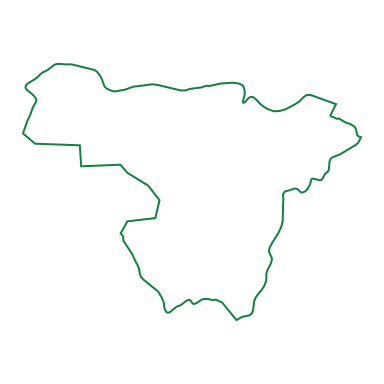 Pichincha, Natural Earth projection
{"feature_id": "ECU-1287", "entity_name": "Pichincha", "entity_type": "Province", "adm_level": 1, "iso_a3": "ECU", "parent_name": "Ecuador", "parent_adm1": "", "projection": "natural_earth1", "projection_center": [-78.482, -0.183], "detail": "fine", "context": "isolated", "style": "outline", "palette": "green", "viewbox_px": 384, "rotation_deg": 0, "n_neighbors": 0, "source": "natural_earth", "source_scale": "10m", "svg_char_len": 2534}
<svg xmlns="http://www.w3.org/2000/svg" viewBox="0 0 384 384"><path d="M361.0,137.2L358.2,142.9L355.6,145.0L339.9,154.4L331.9,157.6L330.3,159.2L329.5,161.6L329.0,168.2L328.4,171.0L327.4,172.2L326.0,172.9L324.8,174.3L322.4,179.0L321.1,180.1L319.0,180.2L314.3,178.8L312.3,178.7L311.5,179.2L310.8,181.2L310.3,183.8L307.7,188.8L305.7,191.0L303.0,192.4L301.4,192.5L300.1,191.8L297.8,189.3L296.0,188.6L294.3,188.6L289.2,190.4L287.2,190.8L284.9,191.5L283.6,193.3L283.0,195.3L283.3,198.0L282.7,221.0L281.2,227.0L278.4,233.0L272.3,242.6L269.8,247.5L268.8,251.3L271.9,258.2L271.6,261.0L270.5,264.2L267.7,269.5L266.7,272.4L266.2,275.0L266.4,277.7L266.1,281.0L264.1,286.1L261.5,290.1L257.5,294.8L255.4,298.1L254.1,301.6L253.3,308.4L252.5,312.1L251.3,314.0L249.4,315.3L243.7,316.5L241.1,317.4L236.5,320.1L222.1,302.5L215.9,299.6L213.0,300.1L207.7,299.0L204.4,299.0L202.1,299.4L196.4,303.1L193.9,304.1L192.5,303.3L191.4,301.7L189.7,299.9L187.6,300.2L185.0,301.8L182.6,303.8L181.1,304.9L179.5,305.7L177.8,306.2L175.8,307.3L170.0,312.1L167.9,312.8L166.4,312.0L165.0,309.7L164.2,307.0L163.8,302.9L161.7,297.4L158.1,291.5L143.9,280.0L141.0,277.0L140.0,274.2L138.7,267.9L137.9,265.7L135.3,261.1L132.1,253.9L123.9,241.5L123.2,239.9L123.2,236.7L122.5,235.4L120.6,233.5L127.4,221.3L155.3,218.1L159.5,200.3L148.3,185.7L127.4,172.8L120.4,164.7L81.2,166.3L79.8,145.3L35.0,143.7L23.0,133.4L27.4,120.8L30.2,114.9L32.9,107.3L35.6,102.7L36.3,101.1L36.3,99.7L35.6,98.0L34.0,96.0L32.0,94.0L26.3,89.4L25.6,87.9L25.6,86.2L26.8,84.3L28.9,82.7L33.1,80.3L36.4,78.1L41.0,73.7L42.9,72.3L45.8,71.0L48.1,69.6L54.4,64.8L57.0,64.0L60.3,63.9L65.4,64.4L71.3,64.3L94.5,70.0L96.3,71.2L97.4,72.1L101.0,77.1L104.7,86.9L106.8,88.6L110.1,90.3L114.0,91.4L117.2,91.2L120.0,90.5L124.6,89.8L133.3,86.7L152.3,84.3L157.6,84.9L180.1,90.3L184.8,90.5L187.5,89.8L190.0,88.9L201.6,87.4L206.3,85.8L209.4,86.0L220.9,83.5L232.7,82.7L238.7,83.5L242.4,85.1L243.7,87.2L244.4,89.8L244.8,92.8L244.5,95.3L243.3,99.7L243.0,101.5L243.4,102.8L244.7,102.4L248.6,98.0L251.1,96.8L253.3,97.2L255.8,99.2L260.4,104.0L263.9,106.8L267.8,109.1L274.0,111.3L279.4,111.0L285.4,109.4L295.2,104.2L299.1,101.5L304.1,96.7L306.9,94.9L310.7,95.0L336.1,104.2L330.6,114.8L330.5,115.1L330.5,115.5L330.6,115.9L331.0,116.3L331.8,116.7L334.4,117.6L336.8,118.8L337.2,118.8L337.5,118.8L338.6,118.5L339.0,118.5L344.8,122.1L348.0,123.4L348.9,123.5L349.8,123.8L350.8,124.3L354.1,126.4L355.1,127.6L355.9,129.0L356.5,131.3L356.9,134.1L357.0,134.6L357.2,135.2L358.2,136.2L361.0,137.2Z" fill="none" stroke="#15803d" stroke-width="2"/></svg>